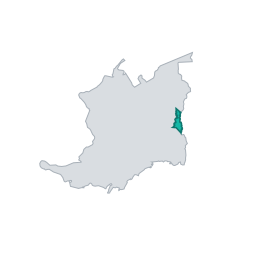 Puerto Leguízamo, Putumayo, Colombia (highlighted), rotated 238°
{"feature_id": "7082276B4639527364844", "entity_name": "Puerto Leguízamo", "entity_type": "district", "adm_level": 2, "iso_a3": "COL", "parent_name": "Colombia", "parent_adm1": "Putumayo", "projection": "robinson", "projection_center": [-74.996, 0.082], "detail": "fine", "context": "in_parent", "style": "filled", "palette": "teal", "viewbox_px": 256, "rotation_deg": 238, "n_neighbors": 0, "source": "geoboundaries", "source_scale": "gbopen_adm2", "svg_char_len": 6693}
<svg xmlns="http://www.w3.org/2000/svg" viewBox="0 0 256 256"><g transform="rotate(238 128 128)"><path d="M144.1,39.8L142.0,40.8L137.8,42.0L134.9,47.3L132.9,48.3L130.5,51.4L128.7,55.3L127.4,63.3L123.8,70.1L124.1,70.4L125.5,70.1L126.8,69.3L127.3,69.6L127.8,70.7L129.5,71.0L130.8,76.5L133.3,79.3L133.5,80.4L133.9,82.7L133.0,84.0L132.7,89.1L133.5,90.3L135.4,90.8L136.6,93.9L137.4,94.6L138.5,95.1L141.3,94.6L146.2,95.2L147.4,95.1L150.1,94.0L153.6,95.3L156.2,95.5L163.3,105.0L164.0,104.7L164.9,105.3L166.6,104.3L168.2,104.1L170.2,104.6L172.8,104.6L178.2,103.6L179.0,103.1L181.9,103.6L182.7,104.3L183.2,106.1L182.8,107.2L181.8,108.3L181.3,109.7L181.2,111.4L180.7,112.7L179.7,113.5L179.4,114.7L179.6,116.2L179.1,123.4L179.5,123.9L179.8,126.9L181.0,130.7L181.6,131.7L182.7,132.6L184.6,135.8L184.1,136.8L179.3,141.7L179.1,142.8L180.0,142.4L181.5,142.8L182.0,144.0L185.6,147.4L185.5,148.7L186.6,151.3L186.4,151.8L188.9,159.1L189.0,160.7L186.9,161.1L186.8,156.2L186.5,155.2L184.2,150.9L183.7,150.5L182.1,151.0L179.5,154.2L178.3,154.7L177.3,154.3L176.4,152.4L175.7,152.0L175.1,153.6L175.9,155.0L164.4,155.0L162.2,154.4L159.1,155.2L159.1,162.5L164.5,162.6L166.0,164.8L165.9,166.5L166.1,167.1L164.8,167.5L162.9,166.3L159.6,167.7L157.1,168.0L156.9,176.2L158.4,178.2L161.3,180.4L161.7,181.8L161.5,183.2L162.2,185.0L163.2,185.9L163.1,187.0L163.6,188.2L157.9,222.7L155.9,220.6L155.2,218.7L154.2,217.9L152.3,218.5L150.2,217.6L156.8,205.8L156.6,204.8L151.1,201.9L150.5,201.2L147.9,199.7L146.4,200.1L145.6,200.9L143.6,201.1L142.0,199.9L140.0,199.0L137.7,201.0L137.0,201.0L135.3,201.9L133.6,202.2L131.3,201.3L129.4,201.9L128.1,201.8L127.6,201.2L125.9,200.5L125.8,199.7L126.2,198.2L125.5,195.4L125.3,194.9L124.0,194.9L122.5,193.8L122.2,193.2L122.5,192.0L122.3,191.1L120.8,188.8L118.8,188.2L116.9,186.3L115.0,185.6L114.1,184.3L113.3,181.2L111.3,178.8L109.9,178.0L109.4,176.9L108.0,176.7L106.0,175.2L105.2,175.1L104.6,175.8L102.8,175.0L101.2,173.9L99.6,173.6L98.6,172.9L96.7,170.7L94.7,169.6L93.5,170.0L93.1,171.6L92.4,171.9L90.1,171.5L89.7,171.8L89.1,171.8L86.2,170.5L83.4,170.1L82.7,167.3L80.8,166.4L80.3,165.1L79.0,165.2L74.2,162.7L72.2,161.0L70.5,160.0L68.7,158.0L68.4,157.3L67.0,156.1L67.7,154.7L69.4,153.6L71.5,154.4L71.8,152.7L71.0,151.2L71.4,147.8L72.0,147.0L73.1,146.4L73.9,146.6L74.4,146.0L76.1,146.3L76.7,146.1L78.0,144.7L78.6,143.6L79.2,143.7L80.6,141.9L80.4,140.0L81.8,139.6L83.2,136.6L83.8,136.5L84.1,135.1L86.6,130.1L85.7,130.7L84.7,130.3L84.9,128.7L84.6,128.5L83.8,129.7L83.1,128.4L83.3,126.3L82.2,126.7L82.2,126.2L83.8,124.6L84.5,120.9L84.0,119.6L83.6,114.1L83.4,113.0L82.0,111.6L84.1,110.1L84.9,108.9L83.9,106.4L82.7,104.4L82.7,103.1L83.4,103.3L83.7,99.8L83.0,98.5L82.1,98.5L79.4,93.5L78.4,92.4L79.1,90.0L80.0,88.9L79.8,87.1L80.3,87.2L81.5,88.8L82.0,88.6L83.9,87.0L84.0,85.5L85.5,84.0L83.3,78.8L82.6,78.0L83.5,76.3L84.0,76.4L84.8,78.0L86.1,79.1L88.1,82.0L88.9,82.6L88.3,83.3L88.2,84.0L88.4,84.3L89.6,84.4L90.0,83.6L89.7,80.1L89.2,78.4L88.2,77.1L88.5,76.6L90.5,75.8L94.7,72.4L96.1,69.3L97.2,68.1L98.4,67.4L99.9,67.6L101.0,67.2L101.4,66.2L100.6,64.0L101.5,61.0L101.5,59.5L102.0,58.6L101.9,58.2L100.4,59.3L101.9,57.2L103.0,54.0L109.0,48.3L112.9,49.7L114.1,49.6L112.5,50.3L112.3,51.1L112.8,52.0L113.4,52.2L113.9,51.7L115.2,48.4L115.4,46.5L116.0,45.9L116.8,45.7L120.6,46.5L124.3,46.2L130.2,41.5L134.6,39.4L135.7,37.5L136.0,36.0L136.8,35.5L137.6,35.5L138.1,34.7L140.2,33.4L142.4,33.3L144.7,34.4L145.8,36.3L145.9,37.7L144.1,39.8ZM76.2,145.7L75.9,145.9L75.4,145.5L75.2,144.9L75.5,144.5L76.0,144.6L76.2,145.7Z" fill="#d9dde1" stroke="#a8b0b8" stroke-width="1"/><path d="M119.1,179.1L118.8,178.9L118.7,178.8L118.4,178.8L118.0,178.6L117.5,178.5L117.4,178.5L117.3,178.4L117.2,178.2L117.1,177.9L117.0,177.7L116.9,177.7L116.8,177.8L116.7,177.8L116.4,177.3L116.2,177.2L116.0,177.3L115.9,177.6L115.7,177.6L115.6,177.2L115.4,176.9L115.3,177.0L115.2,177.3L115.1,177.2L114.9,177.1L114.7,176.9L114.6,176.6L114.8,176.4L114.8,176.2L114.7,176.2L114.4,176.3L114.3,176.2L114.2,176.0L114.2,175.9L113.9,175.8L113.7,175.8L113.4,175.9L113.3,176.0L113.2,176.1L113.2,175.9L113.2,175.7L113.0,175.4L112.9,175.4L112.8,175.5L112.8,175.8L112.7,176.1L112.4,176.1L112.4,175.8L112.3,175.7L112.1,175.6L112.2,175.9L112.2,176.0L112.0,175.9L111.7,175.8L111.5,175.7L111.1,175.6L111.3,175.4L111.3,175.2L111.2,175.1L110.7,175.3L110.6,175.2L110.8,175.1L110.9,174.9L110.9,174.7L110.7,174.5L110.5,174.3L110.4,174.2L110.6,174.1L110.8,173.9L110.9,173.7L110.7,173.6L110.3,173.6L110.5,173.6L110.7,173.2L110.7,172.9L110.6,172.7L110.4,172.5L110.4,172.4L110.1,172.2L109.8,172.2L109.7,172.2L109.3,172.1L109.2,172.1L108.8,172.1L108.6,171.8L108.5,171.7L108.3,171.7L108.1,171.7L108.0,171.8L107.8,171.8L107.6,171.5L107.4,171.5L107.3,171.4L107.4,171.2L107.6,171.1L107.6,170.9L107.4,170.8L107.4,170.7L107.3,170.4L107.3,170.2L107.5,170.1L107.6,169.9L107.4,169.6L107.3,169.3L107.2,169.2L106.8,169.1L106.7,169.2L106.4,169.2L106.5,169.0L106.5,168.9L106.4,168.8L106.2,168.8L106.0,169.0L105.9,169.1L105.7,169.0L105.4,169.1L105.2,169.0L105.3,169.0L105.4,168.9L105.3,168.7L105.2,168.5L105.1,168.3L105.1,168.1L105.3,167.9L105.3,167.7L105.2,167.4L105.1,167.2L104.8,167.1L104.7,167.1L104.7,166.9L104.8,166.8L104.8,166.6L104.8,166.3L103.8,167.6L102.8,169.0L95.9,170.3L96.1,170.4L96.2,170.7L96.1,170.8L96.2,171.0L96.3,171.0L96.5,170.8L96.8,170.9L96.9,171.0L97.0,171.2L97.3,171.2L97.4,171.3L97.4,171.6L97.5,171.6L97.4,171.6L97.3,171.8L97.5,171.8L97.8,172.0L97.8,172.3L98.0,172.3L98.1,172.5L98.3,172.7L98.4,172.8L98.3,173.0L98.5,173.0L98.6,173.3L98.7,173.2L98.8,173.1L98.9,173.4L99.2,173.7L99.2,173.8L99.3,174.0L99.5,174.0L99.9,174.2L100.0,174.2L100.3,174.2L100.5,174.2L100.9,174.3L101.0,174.2L101.2,174.3L101.3,174.4L101.4,174.5L101.5,174.4L101.6,174.5L101.6,174.9L101.9,174.9L102.0,174.9L102.2,175.0L102.3,175.1L102.6,175.2L102.7,175.3L102.8,175.3L103.0,175.5L103.4,175.7L103.5,175.7L103.8,175.6L104.0,175.8L104.3,175.9L104.7,176.0L104.8,176.0L104.9,175.9L105.0,175.8L105.2,175.6L105.3,175.2L105.6,175.1L105.8,175.2L106.0,175.4L106.2,175.5L106.4,175.5L106.6,175.6L106.8,175.8L106.9,176.0L107.0,176.1L107.2,176.3L107.5,176.3L107.7,176.5L107.8,176.8L108.0,176.9L108.0,177.0L108.3,177.0L108.5,177.3L108.9,177.3L109.0,177.3L109.1,177.1L109.3,176.8L109.5,176.9L109.7,177.0L109.8,177.2L109.8,177.3L109.9,177.5L109.9,177.8L110.1,178.0L110.1,178.3L110.2,178.5L110.3,178.6L110.5,178.4L110.6,178.5L110.7,178.8L110.9,178.9L111.1,178.7L111.3,178.6L111.3,178.8L111.5,178.9L111.6,179.0L111.7,179.3L111.8,179.3L112.0,179.4L112.0,179.6L112.1,179.8L112.3,179.9L112.4,180.0L112.5,180.2L112.8,180.1L112.9,180.3L113.0,180.2L113.1,180.3L113.2,180.5L113.2,180.8L113.2,181.0L113.3,181.0L113.3,180.9L113.5,180.7L113.5,180.8L119.1,179.1Z" fill="#14b8a6" stroke="#0f766e" stroke-width="1.5"/></g></svg>